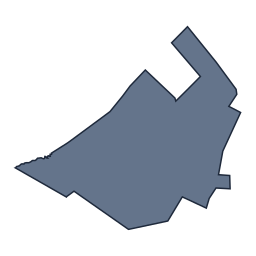 the district of Kadoma Urban, Mashonaland West, Zimbabwe
{"feature_id": "62879985B53444954846030", "entity_name": "Kadoma Urban", "entity_type": "district", "adm_level": 2, "iso_a3": "ZWE", "parent_name": "Zimbabwe", "parent_adm1": "Mashonaland West", "projection": "robinson", "projection_center": [29.825, -18.321], "detail": "fine", "context": "isolated", "style": "filled", "palette": "slate", "viewbox_px": 256, "rotation_deg": 0, "n_neighbors": 0, "source": "geoboundaries", "source_scale": "gbopen_adm2", "svg_char_len": 2497}
<svg xmlns="http://www.w3.org/2000/svg" viewBox="0 0 256 256"><path d="M66.4,197.0L66.5,196.8L66.7,196.6L66.8,196.5L67.1,196.3L67.2,196.1L67.4,196.0L67.6,195.8L68.0,195.6L74.0,191.2L92.7,204.3L128.4,229.3L128.8,229.3L167.8,221.0L182.1,197.2L182.3,196.9L206.3,208.1L209.2,198.4L215.8,188.3L216.0,188.0L230.1,188.8L229.7,175.5L218.5,174.7L222.8,151.1L240.6,112.5L229.1,106.5L228.8,106.4L228.9,106.2L229.0,106.0L229.2,105.8L236.8,94.3L236.1,89.3L215.8,61.7L215.6,61.5L187.5,26.7L171.6,42.8L200.4,76.5L186.8,90.2L175.8,101.1L174.9,98.0L145.3,70.0L130.1,86.0L122.6,96.1L110.0,111.6L107.2,113.7L78.1,135.2L67.6,142.9L62.9,145.9L62.4,146.2L51.5,153.1L51.6,153.3L51.7,153.6L51.7,153.8L51.7,154.0L51.5,154.3L51.0,154.3L50.8,154.3L50.5,154.3L50.3,154.3L50.2,154.3L50.2,154.5L50.0,154.9L50.0,155.2L50.0,155.4L50.1,155.7L50.2,155.9L50.2,156.0L50.3,156.1L50.3,156.3L50.0,156.3L49.3,156.3L49.1,156.3L48.9,156.1L48.7,155.9L48.3,155.8L48.2,155.9L48.0,156.0L47.8,156.1L47.4,156.4L47.3,156.5L47.3,157.0L47.3,157.3L47.4,157.5L47.4,157.8L47.4,158.0L47.5,158.1L47.2,158.1L46.9,158.0L46.7,158.0L46.6,157.9L46.4,157.7L46.1,157.3L46.0,157.1L45.8,156.9L45.4,156.6L45.2,156.4L44.9,156.4L44.9,156.6L44.8,156.9L44.8,157.1L44.7,157.4L44.7,157.7L44.6,157.9L44.5,158.1L44.5,158.3L44.4,158.4L44.3,158.5L44.1,158.5L43.9,158.7L43.7,158.7L43.4,158.7L43.2,158.7L42.8,158.5L42.4,158.3L41.9,158.2L41.5,157.9L41.2,157.8L37.9,158.2L37.7,158.2L37.7,158.3L37.4,158.4L37.3,158.5L37.2,158.6L37.1,158.8L36.9,159.0L36.7,159.1L36.6,159.3L36.3,159.6L36.1,159.8L35.8,160.0L35.7,160.2L35.4,160.3L35.2,160.4L35.1,160.5L34.7,160.5L34.0,160.5L33.7,160.5L33.4,160.5L33.1,160.5L32.8,160.5L32.6,160.5L32.3,160.6L32.2,160.8L31.9,160.9L31.7,161.0L31.1,161.6L30.9,161.7L30.7,161.8L30.3,162.0L29.8,162.3L29.7,162.3L29.4,162.5L29.1,162.6L28.8,162.7L28.5,162.7L28.0,162.7L27.2,162.7L26.7,162.7L26.3,162.7L26.0,162.8L25.6,162.8L25.3,162.9L25.1,162.9L24.9,163.0L24.7,163.1L24.4,163.2L24.4,163.3L24.3,163.5L24.2,163.7L24.2,163.8L23.9,163.9L23.8,164.0L23.6,164.0L23.4,164.0L23.2,164.0L23.0,163.9L22.6,163.9L22.3,163.9L22.2,163.9L21.9,163.9L21.7,163.9L21.5,164.0L21.3,164.2L21.1,164.3L20.7,164.4L20.5,164.6L20.3,164.8L20.2,164.9L20.1,165.0L19.9,165.3L19.8,165.5L19.7,165.6L19.4,165.8L19.2,165.8L18.8,165.9L18.7,166.0L18.3,166.2L18.0,166.2L17.8,166.3L17.6,166.4L17.4,166.4L17.2,166.4L16.9,166.4L16.7,166.5L16.4,166.7L16.3,166.9L16.2,167.0L16.0,167.3L15.9,167.6L15.7,167.7L15.7,167.8L15.4,167.9L66.4,197.0Z" fill="#64748b" stroke="#1e293b" stroke-width="1.5"/></svg>